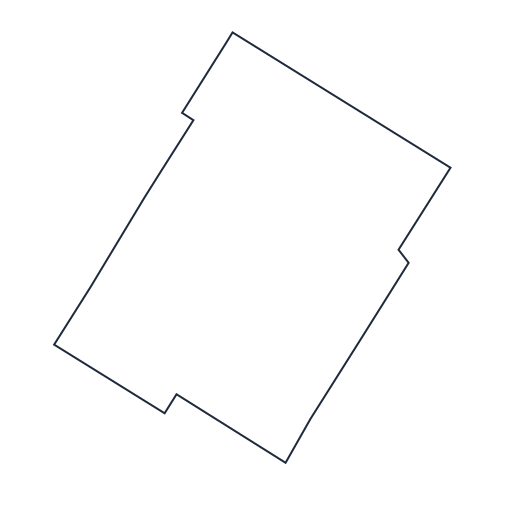 Benton, Missouri, United States of America, rotated 210°
{"feature_id": "52423323B53936333340658", "entity_name": "Benton", "entity_type": "district", "adm_level": 2, "iso_a3": "USA", "parent_name": "United States of America", "parent_adm1": "Missouri", "projection": "equal_earth", "projection_center": [-93.279, 38.299], "detail": "fine", "context": "isolated", "style": "outline", "palette": "slate", "viewbox_px": 512, "rotation_deg": 210, "n_neighbors": 0, "source": "geoboundaries", "source_scale": "gbopen_adm2", "svg_char_len": 366}
<svg xmlns="http://www.w3.org/2000/svg" viewBox="0 0 512 512"><g transform="rotate(210 256 256)"><path d="M120.4,326.4L135.7,332.7L131.7,429.7L388.1,437.9L388.4,426.6L391.6,343.0L378.1,342.3L380.6,283.4L381.8,251.3L383.8,145.6L386.5,78.3L256.5,74.1L255.7,96.5L127.0,91.7L127.4,142.2L123.6,238.3L120.4,326.4Z" fill="none" stroke="#1e293b" stroke-width="2"/></g></svg>